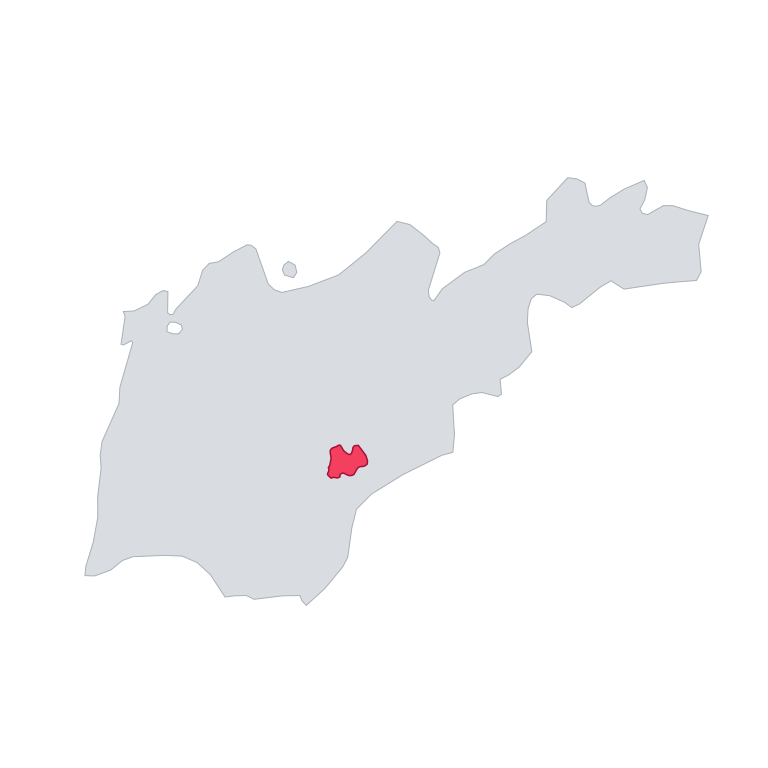 Erevan on a map of Armenia (Albers equal-area conic projection), rotated 287°
{"feature_id": "ARM-1675", "entity_name": "Erevan", "entity_type": "City", "adm_level": 1, "iso_a3": "ARM", "parent_name": "Armenia", "parent_adm1": "", "projection": "albers", "projection_center": [44.52, 40.142], "detail": "fine", "context": "in_parent", "style": "filled", "palette": "rose", "viewbox_px": 768, "rotation_deg": 287, "n_neighbors": 0, "source": "natural_earth", "source_scale": "10m", "svg_char_len": 2851}
<svg xmlns="http://www.w3.org/2000/svg" viewBox="0 0 768 768"><g transform="rotate(287 384 384)"><path d="M338.8,469.8L332.8,460.2L302.9,428.6L275.2,404.3L256.3,394.3L237.2,395.3L207.5,400.0L196.7,397.9L170.9,387.1L149.5,374.4L152.5,369.2L157.1,365.4L151.8,349.0L140.1,322.6L141.5,314.4L137.8,303.0L133.8,294.3L150.8,273.9L158.6,257.5L160.4,241.4L156.1,224.6L145.4,194.3L138.7,185.4L126.2,177.1L115.9,163.5L113.3,154.0L122.2,152.2L148.1,152.2L173.1,149.2L192.8,143.1L221.2,138.0L232.9,133.4L246.5,131.2L288.0,136.3L303.5,132.4L350.2,131.6L351.4,129.6L345.0,123.3L345.1,120.9L372.8,116.7L377.1,113.6L380.8,123.8L391.3,135.0L402.7,139.5L408.9,145.6L409.2,150.3L389.0,156.2L387.7,159.1L389.0,161.9L395.0,163.2L423.5,177.2L439.6,177.3L448.2,181.6L452.5,190.0L466.2,201.3L477.1,212.4L477.8,216.2L475.8,221.9L445.8,244.1L442.0,251.6L441.7,259.6L455.2,283.2L475.1,308.8L503.8,328.2L543.3,348.9L544.0,362.2L538.0,378.0L532.8,388.8L530.5,396.0L525.8,399.1L486.6,399.0L480.8,401.6L478.2,404.8L478.1,407.3L492.2,412.0L514.4,428.5L527.4,444.6L540.7,451.6L555.7,464.3L567.8,476.2L586.6,491.6L607.2,486.0L635.1,499.4L636.5,508.9L634.9,517.4L617.7,527.0L615.6,530.9L615.7,534.1L618.1,538.6L628.5,545.9L640.8,556.9L654.7,573.3L648.8,578.5L636.1,579.5L626.2,577.6L622.8,581.1L623.1,586.6L636.3,599.1L639.0,608.3L638.8,624.4L639.9,644.8L609.7,644.1L584.1,654.4L574.4,652.6L567.6,635.4L561.9,621.5L544.9,585.7L549.1,570.9L539.9,562.5L517.7,547.5L512.0,541.3L515.0,532.5L516.9,516.6L514.6,503.8L508.7,499.9L497.8,499.8L484.6,503.2L458.1,515.9L439.5,508.2L428.8,500.3L422.5,493.6L408.8,499.3L405.3,496.6L404.5,480.0L400.3,471.1L391.9,460.8L384.1,455.8L355.8,466.3L338.8,469.8ZM381.2,172.8L382.0,166.8L380.7,161.4L376.1,159.7L370.6,161.2L370.2,167.1L371.9,172.8L377.5,175.3L381.2,172.8ZM471.7,264.2L465.3,268.0L459.2,266.4L459.1,257.1L463.4,253.4L468.5,253.5L473.3,256.8L471.7,264.2Z" fill="#d9dde1" stroke="#a8b0b8" stroke-width="1"/><path d="M304.8,352.0L306.2,352.4L307.8,353.4L310.2,356.7L311.7,358.0L312.5,359.1L312.7,359.6L312.3,360.6L311.6,361.5L308.8,364.5L308.3,365.3L307.7,366.5L307.1,367.9L306.7,369.5L306.4,371.0L306.8,372.3L308.0,373.1L310.9,373.3L314.2,372.9L315.4,373.3L316.5,374.1L317.8,377.4L310.3,387.6L305.7,390.7L303.6,391.2L302.6,391.3L302.0,391.1L300.2,389.7L299.7,389.1L299.3,388.6L297.8,385.0L296.7,383.9L295.0,383.1L288.9,381.7L288.5,381.5L288.1,381.1L287.4,380.3L286.9,379.4L286.5,378.5L286.3,377.5L286.2,376.7L286.3,375.4L286.8,372.7L286.9,371.7L286.7,370.7L286.3,369.9L285.1,368.8L284.4,368.5L282.3,369.0L280.6,367.1L280.4,366.2L280.1,363.2L278.5,360.9L279.8,358.3L280.3,357.3L280.4,357.1L280.7,356.8L281.0,356.5L281.4,356.3L282.0,356.2L283.7,356.5L284.7,356.6L285.6,356.5L286.1,356.3L287.2,355.6L287.7,355.3L288.2,355.3L290.3,355.9L297.0,355.2L298.1,354.9L302.9,352.5L304.8,352.0Z" fill="#f43f5e" stroke="#9f1239" stroke-width="1.5"/></g></svg>